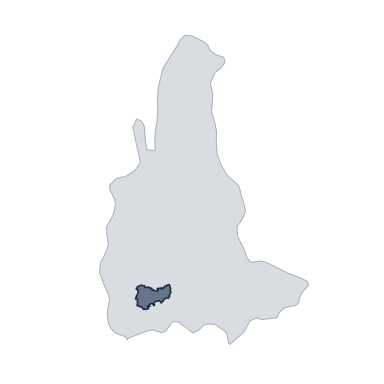 location of San Ignacio de Sabaneta, Santiago Rodríguez, Dominican Republic, rotated 262°
{"feature_id": "3306468B60341362842796", "entity_name": "San Ignacio de Sabaneta", "entity_type": "district", "adm_level": 2, "iso_a3": "DOM", "parent_name": "Dominican Republic", "parent_adm1": "Santiago Rodríguez", "projection": "mercator", "projection_center": [-71.312, 19.362], "detail": "fine", "context": "in_parent", "style": "filled", "palette": "slate", "viewbox_px": 384, "rotation_deg": 262, "n_neighbors": 0, "source": "geoboundaries", "source_scale": "gbopen_adm2", "svg_char_len": 6130}
<svg xmlns="http://www.w3.org/2000/svg" viewBox="0 0 384 384"><g transform="rotate(262 192 192)"><path d="M55.6,258.5L56.0,243.7L58.3,237.7L56.2,231.4L46.7,224.6L40.9,216.0L35.8,208.3L37.0,207.2L47.2,206.8L50.8,204.0L57.8,196.1L59.1,189.8L58.6,185.0L54.1,179.3L52.3,173.2L57.9,167.9L65.1,160.2L66.1,157.3L65.9,154.3L57.5,146.2L56.9,142.7L60.8,133.9L60.5,128.1L56.5,109.8L54.7,107.1L58.4,105.6L60.9,100.1L64.2,95.3L68.6,92.6L73.6,91.0L83.5,91.1L97.2,95.4L101.0,95.3L114.2,91.5L125.1,89.3L135.3,91.8L139.5,95.1L148.0,100.3L152.2,101.9L165.6,101.8L169.2,102.3L180.5,110.9L189.9,114.4L195.4,114.5L205.3,111.2L210.2,111.3L215.8,118.7L216.9,129.3L221.6,138.9L228.7,145.0L264.1,142.4L272.0,147.5L269.3,151.7L264.3,153.9L247.5,152.9L240.1,153.4L238.6,157.5L238.6,161.4L248.4,162.3L258.1,164.3L267.9,167.4L277.9,169.5L289.1,170.8L300.2,173.1L318.7,180.6L339.1,197.8L344.6,201.7L348.2,207.1L346.5,213.7L339.2,224.5L335.0,228.0L329.0,230.1L324.9,234.5L320.9,242.1L318.5,242.7L315.6,242.4L310.7,238.1L307.2,231.5L297.4,225.4L285.6,226.2L268.4,222.5L257.9,224.3L247.5,224.7L236.8,222.8L226.1,222.2L215.3,224.5L204.9,228.5L201.1,231.0L194.4,237.1L190.9,239.4L165.5,242.5L158.2,238.0L151.5,231.8L141.7,231.0L127.6,235.7L118.8,237.5L115.2,239.5L114.1,241.9L114.1,250.5L112.1,255.7L98.4,275.5L90.6,289.4L87.4,293.7L83.7,294.7L76.9,286.7L72.6,283.8L67.3,282.3L65.0,278.0L65.1,272.0L63.7,266.1L60.4,261.5L55.6,258.5Z" fill="#d9dde1" stroke="#a8b0b8" stroke-width="1"/><path d="M82.7,132.8L83.0,132.6L83.3,132.5L83.6,132.4L84.0,132.3L84.1,132.2L84.8,131.9L85.0,131.9L85.1,132.0L85.3,132.3L85.4,132.5L85.3,132.9L84.9,133.3L84.6,133.8L84.6,134.1L84.6,134.4L84.8,134.5L85.3,134.3L85.6,134.2L85.9,134.1L86.2,134.2L86.5,134.4L86.6,134.5L86.8,134.9L87.1,135.4L87.1,135.8L87.1,136.0L87.1,136.5L86.9,137.0L86.8,137.4L86.8,137.5L86.7,137.6L86.1,137.7L85.9,137.8L85.7,137.9L85.5,138.1L85.4,138.2L85.1,138.3L84.9,138.4L84.8,138.6L84.8,138.8L84.9,139.1L85.0,139.2L85.4,139.2L85.5,139.2L85.9,138.9L86.1,138.9L86.4,138.9L86.7,138.9L86.8,138.9L87.1,138.8L87.3,138.8L87.7,139.0L87.9,139.1L88.1,139.5L88.2,139.8L88.5,140.2L88.6,140.3L88.6,140.5L88.7,141.0L88.8,141.2L88.8,141.3L88.7,141.6L88.7,141.9L88.6,142.5L88.7,142.9L88.7,143.1L88.9,143.4L89.0,143.8L89.1,144.1L89.1,144.3L88.9,144.8L88.4,145.0L88.2,145.2L87.7,145.4L87.2,145.8L86.9,145.9L86.6,145.9L86.4,146.1L86.4,146.3L86.5,146.5L86.9,146.7L87.0,146.8L87.3,147.1L87.7,147.8L87.7,148.0L87.9,148.1L88.3,148.2L88.4,148.3L88.5,148.3L88.6,148.5L88.7,148.8L88.9,149.0L89.0,149.1L89.8,149.2L90.0,149.2L90.2,149.3L90.3,149.4L90.3,149.5L90.2,149.8L90.1,150.3L90.0,150.5L90.0,150.8L90.1,151.1L90.2,151.5L90.4,151.8L90.5,152.2L90.6,152.4L90.6,152.5L90.4,153.3L90.0,153.7L90.3,154.0L90.8,154.4L91.2,154.9L91.5,155.2L91.5,155.3L91.8,155.3L92.0,155.3L92.4,155.2L92.6,155.1L92.8,155.5L93.0,155.5L93.2,155.4L93.3,155.4L93.5,155.4L93.6,155.5L94.0,155.8L94.3,155.9L94.4,156.1L94.6,156.3L94.9,156.7L95.0,156.9L95.2,157.1L96.0,157.1L96.4,157.1L96.5,157.1L97.3,156.7L97.6,156.7L97.8,156.7L98.2,157.0L98.4,157.1L98.8,157.2L99.1,157.4L99.3,157.4L99.5,157.4L99.8,157.4L100.0,157.3L100.2,157.2L100.9,157.1L101.1,157.1L101.4,157.0L101.5,157.0L102.2,156.9L102.3,156.9L102.7,156.7L103.4,156.7L103.5,156.6L103.4,156.2L103.4,155.0L103.3,154.7L103.1,154.2L102.8,153.8L102.5,153.6L102.4,153.6L102.4,153.3L102.6,153.0L102.6,152.8L102.6,152.3L102.5,152.1L102.4,151.9L102.1,151.7L101.9,151.6L101.9,151.4L101.8,151.0L101.7,150.9L101.2,150.8L101.1,150.7L100.7,150.1L100.5,149.8L100.2,149.4L100.1,149.2L100.2,148.9L100.3,148.8L100.5,148.8L100.8,149.0L101.1,149.0L101.3,148.9L101.5,148.6L101.5,148.3L101.5,148.2L101.2,147.6L101.1,147.4L101.1,147.0L101.1,146.4L101.1,146.1L101.2,145.9L101.3,145.6L101.4,145.3L101.5,145.0L101.5,144.9L101.4,144.8L101.3,144.7L101.0,144.3L100.9,144.1L100.5,144.2L100.3,144.3L100.1,144.4L100.0,144.7L99.8,145.0L99.7,145.0L99.4,145.0L99.3,144.9L99.0,144.2L98.9,143.9L98.8,143.7L98.8,143.2L98.9,142.9L99.6,141.4L100.0,140.9L100.2,140.6L100.4,140.3L100.5,140.1L100.4,139.9L100.1,139.3L100.1,139.2L100.6,138.7L100.8,138.6L101.1,138.6L101.3,138.7L101.6,138.6L101.8,138.6L102.0,138.8L102.3,138.7L102.4,138.3L102.5,138.0L102.7,137.6L102.8,137.2L102.9,136.8L103.2,136.2L103.4,135.9L103.6,135.8L103.9,135.8L104.0,135.7L104.1,135.4L104.1,135.2L103.9,134.7L103.8,134.3L103.7,134.0L103.6,133.8L103.6,133.6L103.8,133.2L103.9,132.8L103.9,132.7L104.1,132.4L104.3,132.3L104.7,132.2L105.4,132.2L105.5,132.2L105.9,131.7L105.9,131.4L105.9,131.0L105.9,130.8L106.1,130.4L106.2,130.0L106.2,129.9L106.3,129.8L106.4,129.7L106.6,129.6L106.7,128.8L106.7,128.7L106.8,128.4L106.9,128.2L106.7,127.6L106.6,127.2L106.4,126.7L106.0,126.5L106.0,126.4L105.9,126.3L105.9,126.1L105.9,125.8L105.9,125.7L106.0,125.3L105.9,125.0L105.9,124.7L105.7,124.6L105.4,124.5L105.1,124.4L104.7,124.2L104.4,123.8L104.3,123.5L104.2,123.4L103.9,123.3L103.7,123.3L103.3,123.6L103.0,123.8L102.9,124.0L102.6,124.6L102.5,124.9L102.4,125.1L102.2,125.2L102.1,125.3L102.0,125.2L101.6,125.0L101.3,124.8L100.8,124.6L100.6,124.6L100.3,124.7L100.2,124.7L99.6,124.5L99.3,124.3L99.1,124.2L98.9,124.1L98.5,123.7L98.3,123.6L97.8,123.3L97.5,123.2L97.2,123.0L97.1,122.9L96.9,122.6L96.7,122.5L96.2,122.3L96.1,122.2L95.6,122.2L95.3,122.0L95.1,121.6L94.8,121.4L94.3,121.4L94.0,121.2L93.9,121.2L93.8,121.3L93.7,121.4L93.7,121.6L93.9,122.2L93.8,122.3L93.7,122.6L93.6,122.8L93.3,123.2L93.1,123.3L92.8,123.3L92.5,123.2L92.3,123.0L92.1,122.8L92.0,122.7L91.3,122.6L91.2,122.6L90.9,122.5L90.5,122.4L90.1,122.4L89.9,122.5L89.6,122.6L89.3,122.6L89.1,122.6L88.9,122.5L88.4,122.3L88.3,122.2L88.1,122.0L88.0,121.9L87.8,121.9L87.6,121.9L87.3,121.9L87.1,121.9L86.8,122.1L86.7,122.2L86.6,122.4L86.6,122.5L86.8,122.9L86.6,123.5L86.3,123.8L86.2,123.9L86.2,124.0L86.1,124.3L85.9,124.4L85.7,124.4L85.6,125.0L85.3,125.3L85.2,125.4L85.1,125.5L85.1,126.2L85.1,126.3L84.9,126.5L84.5,126.5L84.3,126.5L83.8,126.8L83.6,126.9L83.3,127.0L83.2,127.1L82.9,127.3L82.6,127.7L82.4,127.9L82.4,128.0L82.4,128.3L82.7,128.7L82.8,128.9L82.8,129.0L82.8,129.4L82.7,129.5L82.2,129.7L82.5,130.5L82.4,130.9L82.3,131.1L82.3,131.8L82.3,132.2L82.4,132.3L82.6,132.7L82.7,132.8Z" fill="#64748b" stroke="#1e293b" stroke-width="1.5"/></g></svg>